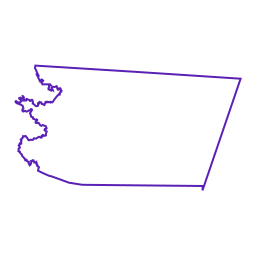 the district of Santa María Chimalapa, Oaxaca, Mexico
{"feature_id": "50627088B45709374040898", "entity_name": "Santa María Chimalapa", "entity_type": "district", "adm_level": 2, "iso_a3": "MEX", "parent_name": "Mexico", "parent_adm1": "Oaxaca", "projection": "natural_earth1", "projection_center": [-94.773, 16.942], "detail": "fine", "context": "isolated", "style": "outline", "palette": "violet", "viewbox_px": 256, "rotation_deg": 0, "n_neighbors": 0, "source": "geoboundaries", "source_scale": "gbopen_adm2", "svg_char_len": 5311}
<svg xmlns="http://www.w3.org/2000/svg" viewBox="0 0 256 256"><path d="M240.6,78.7L133.5,71.7L35.4,65.6L35.1,67.4L34.9,67.9L35.3,68.6L37.6,73.7L36.6,74.2L37.0,75.1L37.6,74.8L38.1,74.9L38.1,74.7L38.4,75.3L38.1,75.3L38.2,75.9L37.5,76.0L39.4,80.0L40.0,81.5L41.2,82.0L40.4,81.4L40.8,80.6L41.5,79.5L42.6,80.0L42.9,80.6L43.1,80.7L42.6,81.6L41.4,82.4L42.0,83.6L42.5,84.3L50.1,84.3L50.6,85.0L49.7,85.0L49.7,85.5L49.0,85.7L49.1,86.2L49.1,87.1L48.5,88.0L48.4,88.6L48.6,89.3L48.9,89.2L49.1,89.4L49.5,89.4L49.8,89.9L51.0,90.5L51.1,90.1L51.1,89.8L51.3,89.5L51.5,89.9L51.9,90.1L52.6,90.1L52.9,90.3L52.8,89.9L51.7,88.2L51.6,87.4L51.7,87.1L52.1,87.1L52.8,86.8L53.9,86.9L54.3,87.0L54.6,87.0L55.6,86.7L56.4,86.1L56.7,86.2L56.8,87.0L57.4,87.5L57.8,88.5L57.8,88.9L57.5,89.0L58.1,89.7L58.8,89.2L59.7,88.3L60.2,88.2L60.4,88.4L60.6,88.7L60.4,89.1L60.8,89.6L60.8,90.0L60.8,90.4L61.2,90.3L61.5,90.7L60.5,91.1L60.5,91.6L60.8,92.1L60.3,92.4L60.1,92.6L59.9,93.3L59.8,94.4L59.7,94.7L59.1,94.6L58.8,94.2L56.9,96.3L54.5,99.3L52.8,101.9L52.4,102.3L51.9,102.1L51.2,102.2L50.6,102.6L50.3,102.6L50.1,102.4L50.2,101.9L49.8,101.9L49.5,102.1L48.8,102.0L48.4,102.2L48.1,101.9L47.5,101.8L47.5,102.2L47.4,102.3L46.9,102.4L46.7,102.3L46.7,102.0L46.6,101.8L45.4,102.0L45.3,102.5L45.2,103.3L44.7,103.8L44.5,104.9L44.3,105.1L44.1,105.0L44.0,104.7L43.7,104.5L43.0,104.4L42.8,104.1L42.3,103.8L41.7,103.9L41.2,102.4L40.5,102.4L39.7,102.0L39.3,103.0L39.0,103.5L38.9,103.4L38.8,103.1L38.5,102.8L38.0,103.2L37.9,103.3L38.1,104.8L38.0,105.7L37.9,105.8L37.7,106.0L37.2,106.1L36.4,106.1L35.9,106.0L35.1,105.5L34.5,104.8L33.9,104.4L33.2,103.6L32.7,103.5L32.7,103.2L33.0,102.8L33.0,102.5L32.8,102.2L32.8,101.7L32.6,100.3L32.1,99.8L31.6,99.8L31.4,100.3L31.0,100.6L30.6,100.9L30.2,101.0L29.9,100.9L29.7,100.2L29.4,99.9L28.9,99.8L28.4,99.6L28.2,99.6L27.6,99.4L27.0,99.0L26.6,98.9L26.3,99.1L26.3,100.3L26.2,100.5L24.3,100.4L23.9,100.7L23.4,100.5L23.2,100.3L23.4,100.1L23.8,100.4L24.0,100.3L24.1,100.0L24.1,99.5L23.7,98.6L23.9,97.9L23.8,97.5L23.5,96.6L23.0,96.2L22.6,96.1L22.6,96.4L23.1,97.3L23.1,97.7L22.8,98.2L22.5,98.5L22.2,98.6L21.6,98.5L20.4,97.7L19.4,97.9L19.2,98.1L19.1,98.3L19.4,98.9L20.3,99.5L20.6,100.0L21.0,100.2L21.4,100.8L21.4,101.2L20.6,102.0L20.4,102.2L20.1,102.4L19.3,102.4L18.6,102.6L17.8,102.4L16.9,101.6L16.1,101.4L16.0,101.2L15.8,101.3L15.4,101.7L15.4,102.2L15.6,101.8L16.4,103.0L16.7,103.2L17.8,103.6L19.4,104.1L19.7,104.4L21.0,104.7L22.1,105.5L22.5,105.6L22.8,106.1L23.1,107.4L23.4,108.1L23.4,108.4L22.7,109.0L22.5,109.9L22.3,110.0L22.3,110.3L22.6,111.1L22.9,111.4L23.6,111.5L23.8,111.4L24.1,110.9L25.0,110.8L26.4,111.6L26.8,111.6L28.0,111.0L28.7,110.5L29.6,110.4L30.8,109.4L31.0,109.3L31.1,109.1L31.6,109.2L31.9,109.6L32.0,110.0L31.9,110.2L31.7,110.6L31.4,110.8L31.2,111.3L30.7,111.9L30.5,112.5L30.1,112.9L30.0,113.1L30.1,113.6L30.9,115.1L30.9,116.0L31.0,116.5L32.1,117.1L32.9,117.3L33.1,117.4L33.2,117.7L33.1,118.4L33.1,118.7L33.4,118.8L33.9,118.9L34.8,119.4L35.1,119.6L35.8,119.9L36.5,119.4L36.9,119.5L37.2,119.7L37.2,120.1L36.9,120.8L36.3,121.1L35.7,121.9L35.5,122.5L35.7,122.8L36.8,123.1L37.7,123.0L38.1,122.8L38.5,122.9L39.3,123.5L39.6,124.4L39.8,124.8L40.5,125.4L41.3,125.8L41.6,125.8L42.2,125.3L42.9,125.0L44.0,125.6L45.6,126.1L45.8,126.2L45.9,126.6L46.2,127.2L46.4,127.8L46.6,128.0L46.6,128.3L46.3,128.8L45.3,128.8L45.0,128.9L44.5,130.1L44.7,130.5L45.5,130.7L46.7,131.4L46.7,131.7L46.1,133.2L45.8,134.4L45.9,135.4L45.3,135.7L44.4,135.7L44.0,135.9L43.7,135.8L43.1,135.0L42.9,134.9L42.7,135.1L42.5,136.1L41.7,135.9L41.6,136.1L41.8,136.5L42.0,136.8L41.6,137.5L41.3,137.7L40.4,137.5L39.5,136.9L39.1,136.8L38.2,137.2L36.1,138.6L34.9,138.6L34.3,138.3L34.2,138.6L33.9,138.6L33.5,138.9L33.0,139.8L31.9,139.9L30.6,139.7L28.9,140.3L28.3,139.9L28.0,139.2L27.6,138.8L27.4,138.5L27.3,138.0L26.8,137.7L26.4,136.9L26.0,136.5L25.9,136.2L25.6,136.0L25.0,136.0L24.2,136.5L23.9,136.5L23.4,136.2L23.0,136.2L22.9,137.3L22.5,137.9L22.4,138.4L22.3,138.5L22.1,138.4L21.7,138.6L21.4,138.9L21.1,139.1L20.7,139.6L20.8,139.9L21.4,140.6L21.5,141.0L21.0,141.8L20.9,142.5L20.7,142.7L21.3,143.1L21.3,143.6L21.0,143.8L20.4,143.1L19.9,143.2L19.8,143.3L20.1,143.6L20.0,144.0L19.5,144.5L19.2,144.9L18.7,145.4L18.7,145.6L19.0,146.0L19.3,145.9L19.5,146.0L19.9,147.4L19.8,147.8L19.4,148.2L18.8,148.4L18.6,148.8L18.5,149.1L18.7,149.5L18.8,150.1L18.4,151.2L19.3,151.7L19.7,151.7L19.9,151.8L20.0,152.1L19.9,152.5L20.0,152.8L21.9,154.6L21.9,155.5L22.4,156.3L23.2,156.9L23.6,157.2L24.0,158.1L24.8,159.0L25.1,159.9L25.7,159.5L26.0,160.3L26.0,160.5L26.4,160.7L26.9,160.4L27.3,161.3L27.6,161.4L28.1,161.9L28.5,161.8L28.8,161.8L28.8,162.1L28.8,162.5L28.8,162.9L28.7,163.6L29.3,164.1L29.3,164.6L29.5,165.1L29.7,165.3L30.0,164.9L30.4,164.7L30.7,164.2L31.1,163.3L31.1,161.3L31.4,161.4L31.6,160.8L32.7,160.9L33.0,160.2L33.3,160.3L33.2,160.7L33.6,160.7L33.7,160.9L33.9,161.5L33.9,161.9L34.1,162.0L34.3,161.9L34.4,162.1L34.4,162.4L34.8,162.3L34.9,162.1L35.0,162.1L35.1,162.4L35.3,162.5L35.6,162.6L35.6,162.8L35.7,162.6L35.9,162.7L36.2,162.4L36.2,162.8L36.5,162.7L36.6,162.8L36.6,163.3L36.6,163.9L36.6,164.1L36.7,164.3L36.9,164.3L36.8,165.0L37.0,165.6L37.6,165.5L37.8,166.2L38.2,166.7L38.5,166.8L38.5,167.0L38.7,167.6L38.8,167.6L38.5,168.4L38.0,170.7L44.0,173.6L49.4,175.9L51.4,176.3L69.0,182.7L82.4,184.8L202.8,186.0L202.5,190.4L240.6,78.7Z" fill="none" stroke="#5b21b6" stroke-width="2"/></svg>